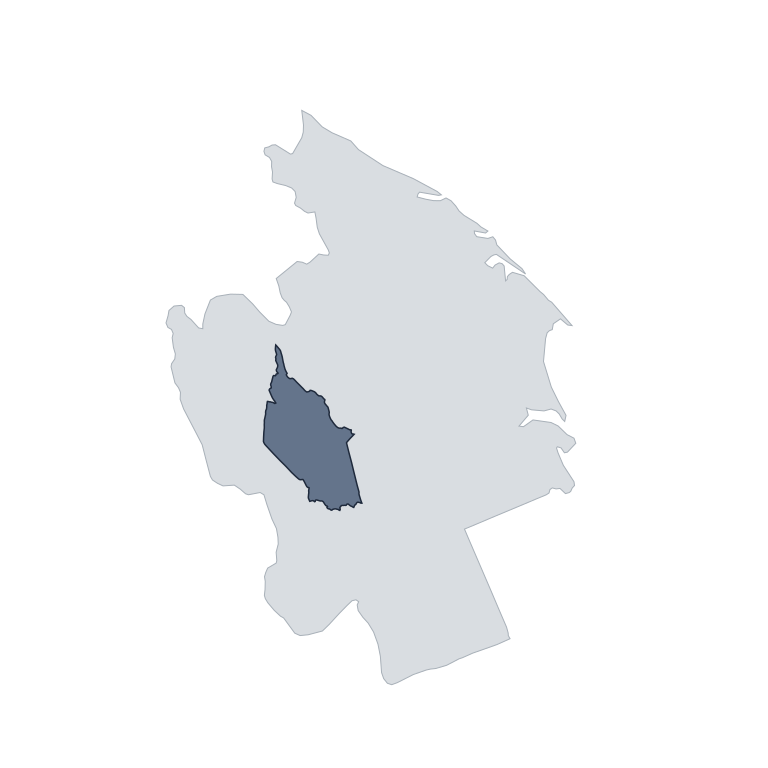 Mouloundou, Ogooué-Lolo, Gabon (highlighted), rotated 157°
{"feature_id": "22940354B50404497002370", "entity_name": "Mouloundou", "entity_type": "district", "adm_level": 2, "iso_a3": "GAB", "parent_name": "Gabon", "parent_adm1": "Ogooué-Lolo", "projection": "equal_earth", "projection_center": [12.887, -0.678], "detail": "fine", "context": "in_parent", "style": "filled", "palette": "slate", "viewbox_px": 768, "rotation_deg": 157, "n_neighbors": 0, "source": "geoboundaries", "source_scale": "gbopen_adm2", "svg_char_len": 7361}
<svg xmlns="http://www.w3.org/2000/svg" viewBox="0 0 768 768"><g transform="rotate(157 384 384)"><path d="M499.4,112.9L499.0,119.3L493.7,134.9L491.2,146.9L490.5,159.8L492.0,170.1L494.6,177.5L496.3,185.5L495.0,191.1L492.4,193.5L494.1,196.3L498.1,197.0L504.7,194.5L515.0,190.2L528.4,184.1L537.2,180.7L551.8,182.8L559.5,185.2L563.5,189.5L567.8,207.9L570.0,210.7L573.5,218.6L576.4,228.0L577.1,232.8L576.7,236.2L573.8,241.3L570.4,248.8L569.3,253.3L566.5,256.7L563.0,260.0L553.2,261.3L551.7,263.3L549.0,271.3L543.9,278.0L541.5,284.4L539.5,292.9L539.9,303.5L538.9,318.6L537.8,328.9L540.4,332.5L552.0,335.0L554.3,337.0L557.4,343.4L561.3,349.4L572.0,353.1L576.1,357.7L579.4,362.7L579.9,366.8L577.5,383.3L575.1,399.1L576.0,411.2L576.9,422.7L578.2,439.4L577.6,449.6L574.6,455.9L574.6,460.8L576.0,466.7L573.3,483.0L571.6,485.7L566.8,488.8L564.3,493.2L563.5,500.0L560.9,509.4L558.3,512.9L558.3,517.3L560.8,520.5L560.8,525.4L556.1,531.2L553.2,535.7L546.8,537.8L539.6,535.5L537.9,532.3L539.7,527.2L539.0,523.2L536.5,518.9L532.7,508.0L529.2,505.7L527.3,510.1L521.4,518.5L511.0,529.1L503.7,530.0L490.2,526.7L478.9,521.6L473.6,509.1L470.3,498.8L465.5,486.8L460.1,481.1L454.3,477.5L451.7,477.2L443.5,483.9L441.0,486.5L441.0,492.1L441.8,497.4L443.1,499.9L444.1,503.2L443.9,508.5L442.5,515.4L442.0,523.2L416.1,530.7L411.6,528.0L408.3,524.5L404.4,525.1L393.2,529.1L389.1,526.3L385.0,524.3L383.1,526.0L382.9,529.3L384.8,547.4L384.2,554.3L381.7,563.3L380.4,569.4L387.2,571.1L389.7,574.0L392.1,578.5L395.5,582.8L395.7,585.4L391.9,590.1L390.6,595.9L392.4,600.5L397.1,605.2L403.9,610.2L407.3,613.4L406.9,616.4L403.8,622.7L402.6,628.0L400.4,632.8L400.9,637.3L403.9,641.4L403.6,645.1L401.5,647.9L397.3,647.3L393.7,647.7L390.4,646.6L380.3,632.2L378.1,631.8L363.5,642.8L359.9,647.4L356.9,653.9L352.8,668.0L346.2,659.8L340.4,644.8L333.7,635.6L319.6,620.7L315.9,609.7L299.7,585.5L276.6,561.4L259.8,540.4L257.3,535.7L260.1,536.3L276.3,546.7L278.5,545.6L280.4,543.2L273.4,537.8L266.7,533.4L260.5,530.7L254.2,531.0L250.7,526.5L248.4,519.8L247.3,514.0L244.5,508.0L235.6,495.5L233.4,490.7L228.6,484.2L231.5,483.3L241.1,489.6L241.9,487.1L241.1,483.4L231.5,477.4L226.3,477.0L225.1,472.9L225.8,468.0L219.0,449.9L211.9,436.3L210.7,429.9L229.9,459.4L232.5,459.9L235.8,459.6L243.8,456.3L242.3,452.4L238.7,448.2L235.2,450.1L230.7,450.5L228.3,448.7L227.3,445.7L231.8,431.4L229.8,432.1L228.4,434.7L225.9,435.9L222.1,436.6L212.7,428.9L204.3,408.2L202.1,404.0L199.9,396.8L197.7,393.8L188.1,364.3L191.8,366.5L196.1,375.0L204.6,373.3L207.9,368.3L210.8,368.5L213.8,367.4L217.5,362.7L228.4,342.4L231.2,315.7L230.3,299.7L228.7,284.0L232.3,278.9L233.7,282.3L234.4,287.9L236.1,292.0L240.0,295.7L247.2,296.7L258.3,302.6L262.3,306.3L263.4,298.9L276.2,292.5L272.3,290.2L260.9,292.7L245.3,283.3L240.1,277.3L235.3,265.9L230.3,259.9L230.6,254.5L241.8,249.6L244.8,250.2L246.0,256.0L249.0,258.5L250.2,257.7L250.7,252.6L250.7,239.1L247.3,219.8L248.3,216.1L251.4,214.7L254.1,212.2L256.0,211.7L259.8,212.2L261.7,216.6L262.8,219.1L266.6,220.2L269.7,222.6L272.5,222.0L274.7,219.2L278.0,218.6L288.2,218.7L297.5,218.7L315.9,218.8L334.3,218.9L352.7,218.9L366.6,219.0L366.6,207.9L366.5,190.9L366.4,170.7L366.3,151.4L366.3,133.5L366.2,112.3L367.0,106.3L367.9,103.8L367.5,100.3L381.8,100.0L407.6,101.6L418.9,101.4L422.1,101.7L436.2,100.6L447.6,101.9L452.5,103.4L456.8,104.2L470.5,105.1L488.4,103.9L494.4,104.2L497.8,107.2L499.4,112.9Z" fill="#d9dde1" stroke="#a8b0b8" stroke-width="1"/><path d="M450.9,283.0L450.9,283.8L450.8,286.1L450.6,287.9L450.5,288.8L450.2,291.6L449.9,292.9L449.2,294.3L448.3,301.1L446.1,314.9L444.5,324.6L443.1,334.4L441.5,344.5L441.0,344.9L436.7,347.0L431.1,349.4L431.7,349.9L432.5,350.3L433.0,350.8L433.1,351.4L433.0,352.8L432.6,353.5L432.2,354.1L432.2,354.7L432.7,354.9L433.2,355.1L433.7,355.5L434.3,356.3L435.1,357.2L435.8,358.0L436.7,359.0L437.4,359.8L438.2,359.9L438.7,359.9L439.2,359.6L439.6,359.4L440.3,359.6L440.5,359.9L441.1,360.3L441.7,360.5L442.5,360.9L443.1,361.4L443.7,362.1L444.3,363.3L444.6,363.9L445.0,365.2L445.4,366.4L446.0,368.8L446.2,370.2L446.7,371.8L446.8,373.3L446.8,374.9L446.7,376.2L446.4,377.8L445.7,378.8L445.4,379.5L445.1,381.2L444.9,382.7L444.7,383.9L444.7,384.8L445.0,385.7L445.3,386.4L445.6,387.7L445.9,388.5L446.1,389.5L446.0,390.4L445.6,391.2L445.2,391.7L444.6,392.4L444.6,393.0L445.1,393.7L445.4,394.5L445.7,395.7L446.1,396.7L446.7,397.6L447.6,398.1L448.5,398.5L448.9,399.0L449.5,400.1L449.9,401.0L450.1,401.9L450.4,402.9L451.2,404.2L451.8,404.8L452.6,405.6L453.3,406.3L454.1,406.9L454.6,407.0L455.0,406.6L455.5,406.4L456.6,406.5L457.4,406.6L458.3,406.9L458.6,407.4L459.1,408.2L459.6,409.4L460.2,411.3L461.0,413.2L462.1,416.0L463.7,419.9L464.5,422.2L465.3,424.1L466.3,425.2L467.6,425.3L468.9,426.0L469.9,427.8L470.3,429.5L470.3,430.7L469.0,431.7L469.2,432.9L469.3,434.4L469.3,436.6L469.0,438.7L468.8,440.3L468.5,441.4L468.3,443.2L467.9,445.1L467.5,446.9L467.1,448.6L466.8,450.7L466.6,452.8L466.3,454.8L466.5,456.4L467.0,458.0L467.4,459.3L468.0,461.2L468.4,462.2L469.0,461.2L469.8,459.7L470.4,458.5L470.8,457.2L471.0,455.8L471.0,455.0L471.3,453.1L471.9,452.4L472.9,451.6L473.5,450.7L473.6,449.6L473.9,449.0L474.5,447.9L474.4,443.2L474.7,442.3L475.4,441.1L476.3,440.3L476.8,439.8L477.4,439.4L477.7,438.9L477.9,437.8L477.8,436.9L477.5,436.3L477.3,435.8L477.4,435.2L477.9,435.0L478.5,435.2L479.2,435.3L479.7,435.0L480.2,434.3L480.9,434.1L481.5,434.5L482.3,434.9L483.1,434.5L484.4,432.8L486.7,429.7L488.0,428.6L488.7,427.5L488.8,425.9L489.3,424.5L491.0,424.2L491.7,423.8L492.2,423.1L492.2,416.9L492.1,414.7L491.7,412.3L491.3,411.1L491.2,409.7L491.0,408.8L492.1,408.7L492.7,409.4L493.4,410.4L494.7,411.2L495.6,412.0L496.6,412.4L497.0,412.9L497.8,413.3L498.1,413.5L498.4,413.2L499.0,412.2L499.4,411.4L499.8,410.9L500.3,410.2L500.8,408.9L501.4,407.8L502.2,406.5L502.9,406.1L503.7,404.9L504.2,403.9L504.6,402.7L505.4,401.5L507.3,398.8L508.0,397.9L508.6,396.8L509.2,395.2L510.1,393.4L510.8,391.6L511.4,390.2L513.3,386.8L515.6,382.1L516.8,379.5L517.4,378.3L517.5,376.9L517.3,375.1L516.5,372.7L512.9,362.8L509.5,353.9L506.4,346.3L503.6,338.6L501.3,333.3L500.1,330.8L499.6,329.8L499.0,329.0L498.4,328.6L497.7,328.3L497.1,328.2L496.4,328.0L495.9,327.7L495.6,325.9L495.4,323.2L495.3,321.3L495.1,319.6L494.6,318.7L494.3,318.3L493.7,318.1L493.5,317.7L493.8,317.1L494.5,316.1L495.2,315.0L495.4,314.0L495.9,313.0L496.6,311.8L497.3,310.5L497.9,309.4L498.2,308.5L498.2,306.9L498.2,305.0L497.6,304.9L496.3,304.8L495.1,304.5L494.5,304.0L494.1,303.1L493.8,302.7L493.2,302.8L492.9,303.3L492.4,303.8L491.5,303.7L490.8,303.2L490.2,302.7L489.1,301.8L488.4,301.2L487.7,301.0L487.0,300.7L486.2,299.8L485.8,298.9L485.7,297.8L485.4,296.2L485.1,295.0L484.7,294.4L484.1,294.0L483.9,293.3L484.3,293.1L484.7,292.8L484.7,292.0L484.3,291.2L483.8,290.7L483.0,290.3L482.6,289.6L482.1,288.7L481.5,288.3L480.9,288.3L480.4,288.6L479.1,288.5L477.8,288.2L476.9,287.7L476.1,287.0L475.3,286.5L474.8,286.1L474.7,285.4L474.1,284.9L473.5,285.4L473.2,285.9L473.1,286.7L472.9,287.6L472.3,287.9L471.7,288.1L471.2,288.6L470.4,288.7L469.7,288.5L468.6,288.0L467.5,287.7L467.0,287.5L466.7,287.2L466.1,287.2L465.6,287.5L465.0,287.9L464.5,287.8L463.7,287.3L463.3,286.4L462.6,285.1L462.0,284.4L461.2,283.6L460.8,282.9L460.1,282.2L459.6,282.6L459.0,283.3L458.1,284.0L457.3,284.1L456.5,284.5L456.0,285.0L455.0,285.5L454.1,285.4L453.1,284.6L452.4,284.1L451.8,283.3L450.9,283.0Z" fill="#64748b" stroke="#1e293b" stroke-width="1.5"/></g></svg>